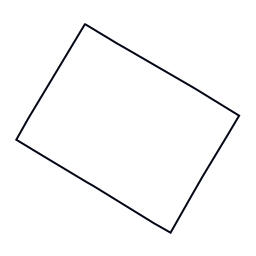 Shelby, Indiana, United States of America, rotated 301°
{"feature_id": "52423323B30392961405034", "entity_name": "Shelby", "entity_type": "district", "adm_level": 2, "iso_a3": "USA", "parent_name": "United States of America", "parent_adm1": "Indiana", "projection": "robinson", "projection_center": [-85.79, 39.523], "detail": "fine", "context": "isolated", "style": "outline", "palette": "ink", "viewbox_px": 256, "rotation_deg": 301, "n_neighbors": 0, "source": "geoboundaries", "source_scale": "gbopen_adm2", "svg_char_len": 356}
<svg xmlns="http://www.w3.org/2000/svg" viewBox="0 0 256 256"><g transform="rotate(301 128 128)"><path d="M173.0,217.0L195.8,216.9L196.3,164.1L195.0,82.6L194.8,75.1L194.9,38.1L194.6,37.6L84.4,37.6L60.4,38.3L60.3,68.6L60.3,120.3L60.5,127.9L59.7,199.8L60.2,218.4L100.1,217.4L124.8,216.9L173.0,217.0Z" fill="none" stroke="#020617" stroke-width="2"/></g></svg>